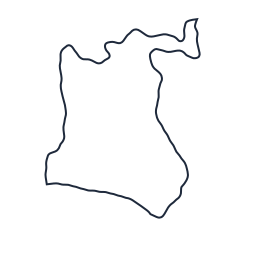 Las Salinas, Barahona, Dominican Republic (Robinson projection), rotated 167°
{"feature_id": "3306468B53490324555446", "entity_name": "Las Salinas", "entity_type": "district", "adm_level": 2, "iso_a3": "DOM", "parent_name": "Dominican Republic", "parent_adm1": "Barahona", "projection": "robinson", "projection_center": [-71.348, 18.237], "detail": "fine", "context": "isolated", "style": "outline", "palette": "slate", "viewbox_px": 256, "rotation_deg": 167, "n_neighbors": 0, "source": "geoboundaries", "source_scale": "gbopen_adm2", "svg_char_len": 3476}
<svg xmlns="http://www.w3.org/2000/svg" viewBox="0 0 256 256"><g transform="rotate(167 128 128)"><path d="M219.8,91.4L212.5,90.6L210.1,90.1L208.6,89.6L205.1,87.8L203.6,87.3L200.4,86.5L198.8,86.0L194.8,83.7L191.8,82.3L187.8,79.8L184.9,78.4L180.8,76.1L179.2,75.6L175.2,74.6L173.7,74.0L170.3,72.3L168.7,71.8L165.5,71.0L164.0,70.5L159.9,68.2L156.9,66.9L152.9,64.4L149.9,63.0L145.9,60.5L143.6,59.5L142.3,58.7L141.0,57.7L139.8,56.6L132.8,49.0L128.3,43.8L127.3,42.5L126.4,41.1L125.5,39.0L120.2,34.9L118.9,34.1L118.2,33.8L117.4,33.6L115.8,33.6L115.0,33.8L113.5,34.6L111.6,36.3L106.8,41.5L104.8,43.1L103.3,44.0L100.4,45.3L97.1,47.3L94.9,48.3L94.2,48.7L93.0,49.7L92.0,50.9L91.2,52.3L90.7,53.9L89.9,56.9L89.3,58.3L88.2,59.2L86.4,60.5L85.2,61.5L82.9,63.8L81.9,65.1L81.0,66.5L80.3,68.2L80.1,69.1L79.8,72.1L79.8,75.1L79.9,78.1L80.4,81.0L81.0,82.7L82.8,86.3L84.0,89.6L86.2,94.0L86.6,95.7L87.3,99.2L87.7,100.9L89.6,105.4L90.1,107.1L91.0,111.5L91.5,113.1L93.1,116.9L93.6,118.6L94.3,122.0L94.8,123.7L96.7,128.2L97.1,130.0L97.4,131.8L97.4,135.5L97.2,137.3L96.7,139.1L96.1,140.6L94.6,143.5L93.3,146.7L91.2,151.1L90.8,152.8L89.9,157.2L89.3,158.7L86.4,164.2L84.4,166.8L84.1,167.5L83.7,169.0L83.7,170.7L83.7,171.5L84.2,173.2L84.6,174.0L85.5,175.5L88.8,179.9L89.6,181.5L90.2,183.3L90.6,186.3L90.7,190.2L90.5,193.0L90.0,194.7L89.5,195.5L89.0,196.0L87.8,196.9L86.0,197.9L84.8,198.4L84.1,198.6L82.7,198.6L81.5,198.1L76.7,195.7L73.4,193.7L71.8,193.1L69.2,192.6L63.7,192.4L61.9,192.2L60.2,191.8L59.4,191.4L58.1,190.6L57.0,189.5L56.1,188.3L55.0,186.3L54.0,185.2L49.8,182.1L48.5,181.3L46.9,180.9L45.4,180.8L43.9,181.1L43.2,181.4L42.6,181.9L42.1,182.7L41.7,183.4L41.4,185.1L41.4,186.9L41.4,193.7L41.3,196.7L40.8,199.5L39.1,203.9L38.9,205.5L39.1,207.1L39.9,210.5L39.9,211.9L39.7,212.6L39.1,213.9L37.9,216.0L36.2,218.5L40.7,218.9L44.0,218.9L46.3,218.5L47.7,217.8L48.6,216.6L51.0,211.7L51.5,210.1L52.3,204.9L52.9,203.4L53.8,202.1L54.9,201.1L55.6,200.8L56.3,200.7L57.0,200.7L57.7,200.9L58.4,201.2L58.9,201.7L60.7,204.6L62.2,206.3L63.5,207.2L69.0,210.3L70.6,210.9L72.3,211.3L75.0,211.4L82.3,211.5L84.1,211.7L85.8,212.1L87.4,212.8L88.9,213.9L90.2,215.2L94.0,219.4L96.0,221.3L97.6,222.1L98.4,222.3L100.0,222.4L100.8,222.2L102.2,221.7L104.7,220.1L107.6,218.6L109.0,217.5L112.9,214.0L114.3,213.1L115.1,212.8L116.6,212.5L118.2,212.8L119.5,213.4L122.1,214.8L123.7,215.4L125.3,215.7L126.9,215.8L128.5,215.8L130.0,215.5L130.6,215.1L131.3,214.6L131.7,213.8L132.0,213.1L132.2,211.5L132.0,209.8L131.6,208.3L130.2,205.7L129.7,204.4L129.6,202.9L129.7,202.2L130.1,201.5L130.6,200.9L131.8,200.3L135.3,199.3L138.6,197.7L140.1,197.4L140.9,197.4L142.5,197.7L144.0,198.5L148.0,201.9L150.1,203.3L151.6,203.9L155.5,204.9L156.3,205.2L157.6,206.1L158.7,207.3L159.6,208.6L161.2,212.6L162.6,215.5L163.7,218.5L164.4,219.9L165.4,221.1L166.6,221.8L167.3,222.0L168.7,221.9L172.5,220.1L173.9,219.3L175.1,218.3L176.1,217.1L176.9,215.6L177.2,214.8L178.5,208.8L180.4,204.3L180.9,201.4L181.2,194.5L181.5,191.6L181.7,190.7L182.2,189.0L183.8,185.3L184.2,183.4L184.5,181.5L184.6,178.5L184.6,173.5L184.3,164.5L184.7,159.1L185.1,156.4L185.6,154.7L187.4,151.1L188.7,147.9L190.1,144.9L190.7,143.4L191.3,140.5L191.9,134.7L192.1,133.7L192.7,132.1L193.6,130.8L194.6,129.6L197.4,127.4L199.1,125.0L200.0,123.8L201.8,122.4L202.5,122.0L204.1,121.5L208.4,121.0L210.0,120.7L211.5,119.9L212.4,118.8L214.3,115.5L215.3,113.3L215.8,111.6L216.4,108.1L216.9,106.4L218.4,102.6L218.9,101.0L219.3,98.3L219.8,91.4Z" fill="none" stroke="#1e293b" stroke-width="2"/></g></svg>